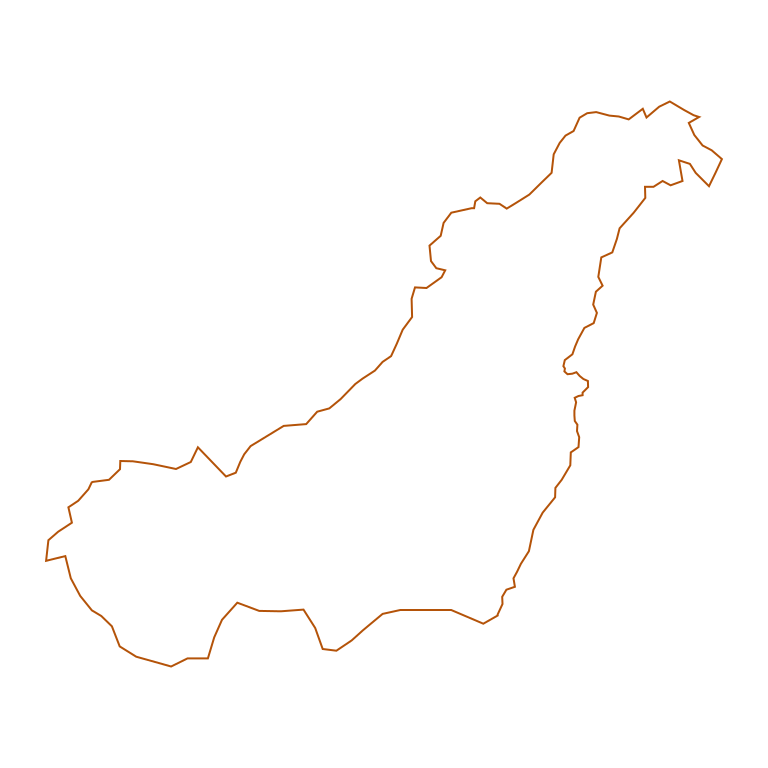 Agios Ioannis Lemesou, Limassol, Cyprus (Equal Earth projection)
{"feature_id": "46923920B2789519030160", "entity_name": "Agios Ioannis Lemesou", "entity_type": "district", "adm_level": 2, "iso_a3": "CYP", "parent_name": "Cyprus", "parent_adm1": "Limassol", "projection": "equal_earth", "projection_center": [33.017, 34.893], "detail": "fine", "context": "isolated", "style": "outline", "palette": "amber", "viewbox_px": 768, "rotation_deg": 0, "n_neighbors": 0, "source": "geoboundaries", "source_scale": "gbopen_adm2", "svg_char_len": 2261}
<svg xmlns="http://www.w3.org/2000/svg" viewBox="0 0 768 768"><path d="M415.0,287.4L411.6,298.8L412.1,317.0L402.7,329.7L396.8,343.7L391.1,356.1L382.6,361.9L374.9,370.6L362.6,378.6L355.3,384.0L340.7,399.0L329.3,408.4L317.2,411.7L306.2,424.1L283.7,425.9L250.6,446.1L244.2,454.3L240.3,461.8L235.8,472.7L226.0,476.5L197.9,447.3L190.8,462.0L176.0,469.0L165.1,466.7L153.2,464.2L132.9,461.3L120.3,461.0L120.0,469.2L109.0,479.8L92.8,481.9L91.7,482.4L88.4,489.3L78.2,500.8L68.4,507.3L71.9,522.7L58.2,531.7L48.4,540.2L46.1,560.8L65.3,556.1L70.8,578.3L80.2,595.9L91.9,610.4L93.8,611.5L101.3,616.0L111.9,626.3L119.7,646.4L136.2,656.7L171.1,666.5L187.5,658.4L190.8,658.4L207.9,658.4L214.2,637.4L222.0,619.8L237.3,602.7L259.2,610.9L280.8,611.3L303.5,609.6L315.2,628.0L322.7,649.0L336.4,650.7L351.7,640.4L362.7,630.5L371.3,623.3L382.6,613.9L400.3,610.0L426.9,610.0L451.2,610.0L483.3,623.7L497.7,615.5L497.6,614.6L502.5,604.0L502.2,596.8L506.4,589.7L514.9,586.8L513.5,578.3L517.1,571.7L520.9,563.8L528.9,551.2L533.4,529.8L542.7,512.6L555.1,497.3L555.4,487.9L561.7,479.8L570.3,465.3L570.8,452.4L578.5,447.1L578.7,444.3L579.2,437.2L577.0,431.1L577.4,424.7L574.8,421.0L574.4,415.5L574.4,410.6L575.3,406.3L576.1,402.3L574.7,397.8L578.5,396.0L582.6,395.2L582.6,392.6L588.1,387.1L587.9,381.0L583.4,379.0L579.7,376.0L576.4,372.2L572.3,373.7L567.5,374.2L564.4,371.4L564.9,368.5L563.4,366.2L564.8,360.1L572.4,354.3L575.1,346.5L578.2,339.2L584.4,327.9L593.7,323.1L596.9,312.9L593.2,304.6L595.9,291.7L602.6,285.7L598.3,276.9L601.3,257.4L612.3,252.4L616.9,238.9L619.6,228.3L633.7,212.7L645.3,197.9L645.0,186.8L653.5,186.8L662.6,181.0L670.6,185.3L682.5,181.0L678.9,160.3L689.9,163.9L695.7,172.9L709.0,186.2L715.6,172.6L721.9,159.1L711.7,150.3L702.6,145.5L694.3,135.0L688.8,122.9L699.1,117.0L693.6,115.2L684.1,110.0L669.8,101.5L659.2,106.7L646.5,117.5L642.8,108.8L628.7,119.4L618.8,116.5L609.4,115.6L596.2,112.1L587.2,113.2L579.6,117.7L573.6,131.0L565.5,135.6L559.7,142.9L553.7,154.3L551.6,172.8L541.7,182.4L529.3,194.6L515.9,203.0L506.7,208.6L499.5,203.8L487.2,203.2L480.3,197.5L475.3,201.3L474.1,208.2L471.6,208.2L451.3,212.7L443.6,222.9L440.7,235.8L429.5,245.6L431.0,261.1L436.3,268.2L445.2,270.3L441.6,277.2L426.5,288.0L415.0,287.4Z" fill="none" stroke="#b45309" stroke-width="2"/></svg>